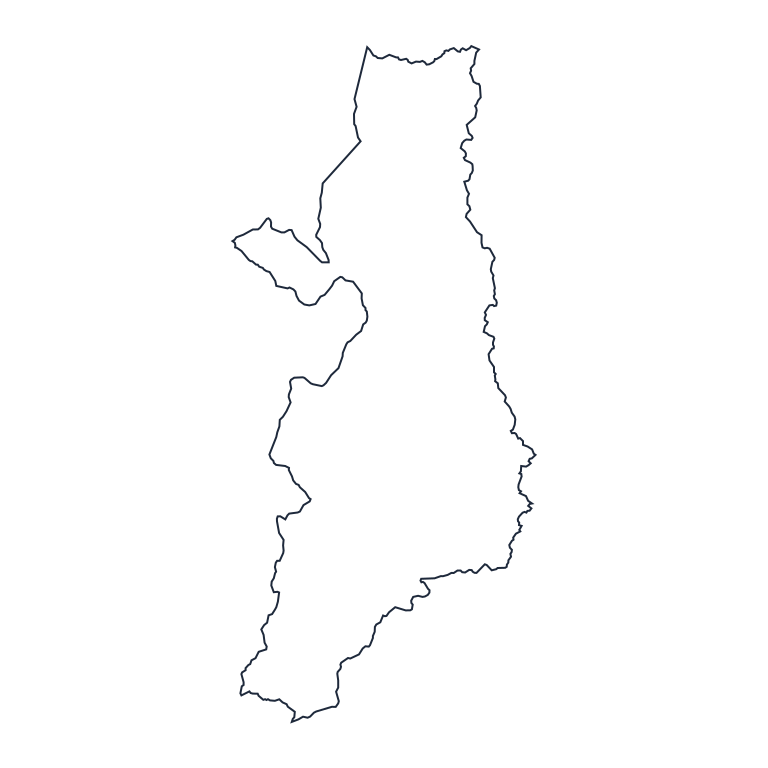 outline of Montes Claros, Minas Gerais, Brazil
{"feature_id": "56859067B50283699039030", "entity_name": "Montes Claros", "entity_type": "district", "adm_level": 2, "iso_a3": "BRA", "parent_name": "Brazil", "parent_adm1": "Minas Gerais", "projection": "robinson", "projection_center": [-43.949, -16.615], "detail": "fine", "context": "isolated", "style": "outline", "palette": "slate", "viewbox_px": 768, "rotation_deg": 0, "n_neighbors": 0, "source": "geoboundaries", "source_scale": "gbopen_adm2", "svg_char_len": 6073}
<svg xmlns="http://www.w3.org/2000/svg" viewBox="0 0 768 768"><path d="M515.9,533.7L520.3,531.4L519.3,529.9L521.6,525.9L519.0,525.1L519.2,522.6L518.0,521.2L517.8,519.2L519.0,516.6L522.6,512.7L524.6,511.9L526.4,512.6L527.4,510.9L529.6,510.7L531.4,508.4L528.2,505.9L529.8,503.9L532.0,503.5L528.1,500.8L526.0,496.1L519.6,493.2L521.0,491.3L518.9,490.1L518.3,487.2L518.6,484.5L521.6,476.5L521.3,474.0L519.4,473.4L520.9,471.3L521.2,466.0L526.1,466.6L528.5,465.2L530.7,463.3L528.6,461.2L529.7,458.8L531.8,458.4L535.5,454.9L533.8,453.7L532.1,449.4L527.6,446.5L523.0,444.9L523.0,441.1L520.0,438.1L518.2,438.6L516.1,434.0L514.6,433.0L511.9,433.2L510.8,430.9L512.9,429.6L514.7,424.8L515.3,419.4L514.6,416.6L511.8,412.7L510.6,408.9L509.2,406.5L504.7,401.5L505.9,397.5L505.0,395.2L498.3,388.1L497.8,383.3L495.1,381.2L495.4,379.4L494.8,375.5L495.7,374.0L494.0,372.3L494.0,367.0L489.5,360.5L488.6,354.2L492.0,348.8L493.7,348.4L493.9,346.4L493.0,344.8L493.0,342.4L494.3,338.6L493.5,336.8L488.9,335.1L486.9,333.3L483.7,331.9L485.0,326.2L486.8,324.4L487.8,322.2L484.8,320.2L484.7,317.9L486.0,314.9L484.8,312.4L489.4,305.4L492.8,304.9L494.1,306.1L496.2,305.6L496.8,302.7L496.1,300.2L494.3,298.5L493.8,296.0L494.9,294.2L494.2,290.4L494.9,288.2L492.8,278.1L493.5,275.5L491.2,271.6L490.8,269.2L492.4,261.8L494.1,260.0L494.7,257.8L489.7,248.7L487.1,247.8L484.7,248.3L482.5,247.4L481.5,242.8L481.6,235.2L477.0,232.2L470.0,221.5L465.9,217.1L466.6,213.9L470.3,209.7L469.4,206.2L467.4,204.3L467.4,197.6L469.0,193.8L466.9,190.2L464.3,181.7L468.2,180.7L469.5,179.2L470.3,174.6L471.8,173.0L472.8,170.5L472.6,166.0L472.3,164.2L470.4,162.6L465.0,160.1L463.8,157.8L465.8,156.2L465.9,153.4L464.8,151.4L460.7,148.1L462.2,143.1L464.3,140.7L466.4,139.5L471.2,139.9L472.6,137.9L471.8,135.9L468.8,133.3L466.7,124.9L475.2,117.3L476.7,110.4L476.2,107.9L475.1,106.0L476.8,103.7L478.1,100.5L480.7,97.4L479.9,86.0L478.8,83.9L476.8,83.7L473.5,81.8L471.6,76.0L470.0,73.2L471.1,70.7L470.7,68.3L474.4,64.0L474.4,60.9L476.2,52.6L479.0,49.5L471.3,46.1L469.8,48.0L466.1,50.2L462.7,48.3L460.9,49.6L460.0,51.8L457.8,51.4L453.8,48.1L449.9,49.4L448.4,50.9L446.3,50.4L444.5,51.2L444.3,53.2L442.5,54.4L441.3,56.3L436.5,59.1L434.9,59.0L434.3,61.1L433.1,62.3L429.2,64.3L426.6,64.6L424.8,62.3L422.4,60.9L419.9,61.9L416.0,61.6L411.6,63.4L408.3,61.7L407.7,59.9L406.2,58.8L401.0,60.0L399.0,59.4L398.0,57.4L396.2,57.4L389.3,54.8L382.3,58.4L377.7,58.0L375.9,56.3L373.4,55.5L369.9,50.0L367.2,47.2L354.5,99.1L356.6,106.8L354.0,113.9L354.2,124.2L355.6,126.0L358.0,137.5L360.6,141.3L322.7,183.4L321.8,192.7L320.3,198.3L320.8,207.7L318.3,218.8L320.2,223.9L320.0,227.1L316.2,234.8L316.3,236.9L319.9,240.1L322.0,243.1L322.3,247.2L323.3,249.9L325.9,253.1L328.6,260.0L328.7,262.3L322.0,262.3L320.1,260.8L306.7,247.1L297.4,240.3L294.5,236.7L291.6,230.1L289.1,229.9L284.4,232.4L281.4,232.4L272.2,228.7L271.0,226.6L271.1,222.4L270.3,220.1L268.5,218.3L266.8,218.9L260.1,227.8L258.0,229.4L252.8,229.5L243.4,234.7L236.4,237.3L234.6,239.8L232.5,241.1L234.8,242.8L235.4,245.3L235.1,247.4L236.8,247.8L241.5,251.0L248.8,259.9L250.5,261.1L252.3,261.3L256.0,264.6L257.8,264.7L259.2,266.7L262.8,267.9L263.9,269.5L266.4,271.1L269.6,272.0L275.3,281.0L276.3,285.9L287.6,288.4L289.5,287.5L293.4,289.4L295.4,291.5L296.5,295.9L299.0,300.6L304.3,304.5L309.3,305.4L315.5,304.0L320.5,296.6L324.6,294.9L329.2,289.4L332.1,285.6L334.2,281.2L340.3,276.9L342.3,277.3L345.5,280.4L353.1,281.7L361.8,293.4L361.6,298.4L362.9,305.2L365.5,308.0L365.5,310.1L366.8,311.5L367.4,316.7L366.8,320.6L365.7,322.6L363.2,324.4L361.1,331.0L356.2,334.7L350.3,341.0L347.6,342.3L346.3,344.3L342.8,352.9L342.6,356.3L338.5,368.1L331.1,375.2L326.1,382.9L323.5,385.3L321.8,386.1L312.8,384.2L310.7,383.3L304.5,377.9L302.8,377.3L294.2,377.7L291.0,379.8L290.0,381.9L291.2,388.6L288.9,394.4L288.7,397.1L290.6,402.4L286.5,411.2L282.9,416.8L279.8,419.8L279.4,426.4L277.3,432.3L276.3,437.0L269.4,454.5L270.8,458.3L273.4,460.9L273.9,463.0L276.1,464.9L285.2,466.0L289.0,467.9L288.8,470.0L292.0,476.4L293.2,480.4L296.0,483.9L298.6,484.9L299.9,487.3L305.2,492.0L309.0,498.1L310.6,499.1L309.7,501.4L303.5,505.1L299.9,511.5L297.7,512.5L289.2,513.6L287.5,515.3L285.3,519.4L280.3,516.3L277.7,516.4L276.9,518.8L277.0,521.4L279.1,533.0L283.6,539.9L283.1,545.4L283.6,550.6L283.2,553.1L279.7,560.8L277.1,560.8L275.8,562.7L274.9,567.1L276.1,571.7L275.1,573.1L273.8,578.3L271.7,581.6L271.3,585.5L273.8,592.2L277.5,591.8L279.1,592.5L277.9,601.6L276.3,607.2L274.9,609.7L272.1,614.1L268.6,615.3L267.1,622.7L264.1,625.1L261.3,629.4L263.6,634.9L264.6,642.7L266.7,646.5L266.2,649.4L258.7,651.8L255.5,658.2L251.5,660.3L250.2,664.1L248.4,665.0L245.6,668.1L245.6,670.2L242.1,672.4L241.4,674.1L243.6,682.2L243.6,685.0L241.8,686.3L240.4,693.3L241.4,695.4L249.4,691.4L250.6,693.0L252.8,693.6L257.7,693.7L258.6,695.8L263.3,699.8L265.1,699.2L266.5,700.0L268.0,699.2L270.0,700.4L274.9,700.8L279.3,699.3L282.6,702.4L286.6,704.2L287.8,706.7L294.8,711.8L294.3,717.2L292.8,718.9L291.8,721.9L298.4,719.4L303.0,716.7L307.6,717.7L310.1,716.6L313.9,712.7L316.2,711.5L331.9,706.8L335.7,706.9L338.2,703.4L338.8,701.2L336.1,691.7L338.2,687.6L338.2,680.4L337.3,673.7L337.7,671.9L340.3,669.0L341.0,666.8L340.4,664.6L341.2,662.7L348.0,658.0L350.3,658.5L359.0,654.4L362.7,648.5L365.4,646.3L368.8,646.6L370.0,645.2L372.9,638.0L372.9,636.0L374.7,631.8L374.9,626.9L376.3,624.5L380.3,622.3L383.1,615.5L384.9,616.2L386.5,615.9L389.0,612.3L395.2,607.2L405.7,610.4L410.3,610.3L411.9,609.3L412.7,604.6L411.4,603.0L411.2,600.7L413.2,596.9L418.1,595.8L422.5,596.9L424.9,596.5L427.8,594.9L429.4,592.6L429.5,590.2L428.0,588.8L424.5,583.0L422.9,581.9L421.4,582.3L420.5,580.6L421.2,578.8L434.6,578.3L440.9,576.1L443.0,576.2L447.7,574.9L451.4,572.9L453.7,573.0L457.5,570.5L460.6,570.5L462.2,572.2L465.1,572.5L469.2,569.9L471.7,570.1L472.7,571.7L474.5,572.8L476.5,572.9L484.8,564.3L486.7,565.0L491.7,570.3L496.2,569.2L497.6,568.0L505.2,567.8L506.7,566.8L506.9,564.6L508.3,562.6L508.4,560.3L511.0,556.7L510.4,553.9L511.6,552.1L511.9,549.8L509.9,547.7L509.3,545.0L511.9,540.8L513.5,539.7L513.2,537.6L515.9,533.7Z" fill="none" stroke="#1e293b" stroke-width="2"/></svg>